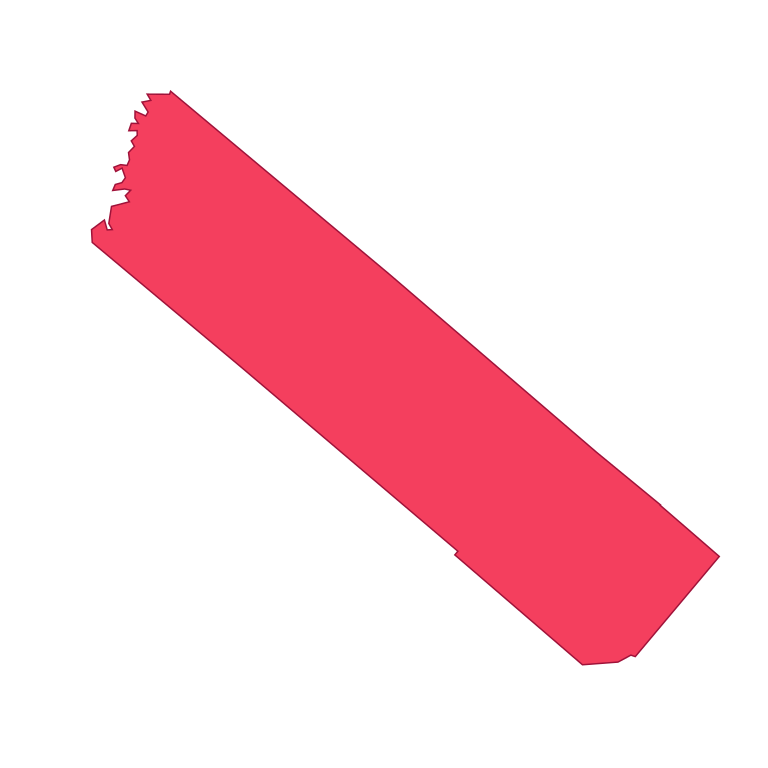 the district of Wayne, Utah, United States of America, rotated 220°
{"feature_id": "52423323B53425480585929", "entity_name": "Wayne", "entity_type": "district", "adm_level": 2, "iso_a3": "USA", "parent_name": "United States of America", "parent_adm1": "Utah", "projection": "albers", "projection_center": [-110.379, 38.33], "detail": "fine", "context": "isolated", "style": "filled", "palette": "rose", "viewbox_px": 768, "rotation_deg": 220, "n_neighbors": 0, "source": "geoboundaries", "source_scale": "gbopen_adm2", "svg_char_len": 786}
<svg xmlns="http://www.w3.org/2000/svg" viewBox="0 0 768 768"><g transform="rotate(220 384 384)"><path d="M16.3,467.4L94.4,468.6L94.4,469.1L177.5,468.3L450.4,471.5L735.7,471.1L734.5,468.1L751.7,453.8L744.9,451.4L750.6,444.4L739.5,440.7L738.8,436.2L750.1,433.0L745.7,427.6L739.6,425.7L745.1,421.3L742.3,414.0L736.0,419.4L732.8,415.8L733.9,407.8L727.9,405.6L728.5,397.1L723.0,392.1L721.3,386.3L726.8,382.7L730.3,376.4L726.1,374.4L723.4,381.0L714.7,375.8L714.2,369.8L718.1,364.1L716.2,357.9L708.0,366.7L702.6,369.6L703.2,362.0L696.2,359.9L706.9,344.9L698.0,330.1L691.4,327.6L695.1,324.1L703.6,329.9L707.3,314.3L698.5,304.9L503.8,305.1L219.9,303.4L219.9,298.6L51.5,296.5L47.7,300.2L26.0,321.4L20.6,335.0L16.3,336.7L16.3,467.4Z" fill="#f43f5e" stroke="#9f1239" stroke-width="1.5"/></g></svg>